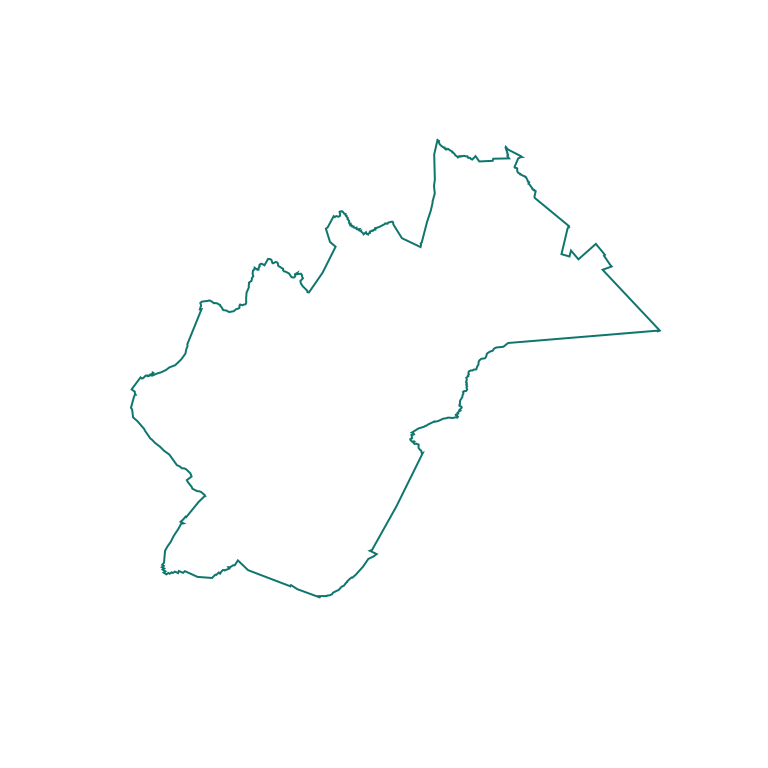 outline of Río Grande, Zacatecas, Mexico, rotated 116°
{"feature_id": "50627088B78022927430192", "entity_name": "Río Grande", "entity_type": "district", "adm_level": 2, "iso_a3": "MEX", "parent_name": "Mexico", "parent_adm1": "Zacatecas", "projection": "natural_earth1", "projection_center": [-103.094, 23.812], "detail": "fine", "context": "isolated", "style": "outline", "palette": "teal", "viewbox_px": 768, "rotation_deg": 116, "n_neighbors": 0, "source": "geoboundaries", "source_scale": "gbopen_adm2", "svg_char_len": 6166}
<svg xmlns="http://www.w3.org/2000/svg" viewBox="0 0 768 768"><g transform="rotate(116 384 384)"><path d="M610.9,424.5L606.9,379.7L606.3,379.9L605.5,379.4L606.4,372.0L603.9,347.5L603.2,349.5L599.7,342.6L599.2,342.5L597.8,340.3L595.7,338.5L594.1,338.4L593.0,337.7L588.9,334.4L584.9,333.3L582.8,331.6L579.3,331.0L578.2,330.3L577.5,330.6L573.2,328.9L572.1,328.3L571.9,327.5L567.9,325.8L557.4,322.8L548.1,321.4L543.4,317.7L540.1,316.0L540.1,323.6L538.4,322.0L488.5,319.2L429.0,318.9L429.8,319.6L427.6,321.3L427.4,322.8L426.2,325.0L423.3,326.3L423.5,329.0L424.5,330.3L423.8,332.0L422.4,331.5L422.4,332.1L423.3,332.9L423.5,333.7L422.6,335.9L422.0,336.2L420.5,335.0L417.8,336.9L417.4,336.0L416.0,335.0L415.4,336.0L415.5,337.7L408.9,333.6L404.9,329.3L403.3,328.3L402.8,327.5L401.1,326.7L395.5,322.2L395.7,321.9L393.7,319.2L389.1,315.5L387.8,313.4L386.1,311.7L384.4,307.3L382.8,305.4L382.0,303.3L381.0,303.2L380.4,304.5L380.5,305.7L380.2,306.0L378.1,304.4L377.7,305.2L375.7,304.6L374.5,303.7L374.3,304.8L371.2,303.8L370.4,304.5L370.6,306.5L369.9,307.1L368.5,306.9L367.4,307.7L365.6,308.3L361.3,307.9L359.7,308.5L358.0,308.4L357.2,308.7L356.6,309.5L355.4,309.0L354.2,307.1L352.4,306.9L350.9,308.4L349.8,308.2L348.7,309.7L347.7,309.4L347.0,310.4L346.4,310.4L346.2,311.2L343.9,311.4L342.3,312.8L340.2,311.7L339.8,312.3L338.1,311.9L337.7,312.7L335.6,313.3L333.7,311.9L333.2,310.5L331.8,309.7L330.4,307.5L327.4,307.9L325.3,307.6L322.4,308.7L321.0,308.6L318.7,307.6L316.7,304.6L315.8,304.3L313.6,304.3L312.3,304.8L310.9,304.5L308.5,303.0L306.4,300.9L304.0,300.6L302.0,299.1L298.2,293.0L292.7,290.4L218.2,165.0L216.4,161.9L216.7,161.0L215.1,159.5L185.5,237.6L178.6,230.9L177.6,233.2L172.3,242.5L171.1,242.0L165.2,255.0L186.7,263.9L182.1,274.4L188.1,273.2L189.5,281.4L163.7,287.2L162.1,286.5L161.9,287.2L161.0,287.0L150.7,330.0L149.7,330.9L144.2,332.2L144.2,334.2L143.7,334.2L143.7,336.0L143.4,336.0L140.7,341.1L140.7,341.9L139.0,342.0L139.0,343.5L138.5,343.6L136.2,346.6L136.0,347.8L135.7,347.8L135.9,353.5L135.4,353.5L135.3,356.2L134.4,357.5L131.9,358.7L131.7,359.4L132.2,361.1L131.8,361.8L122.6,362.3L120.3,360.7L119.6,359.6L119.6,360.4L119.2,360.6L118.9,375.3L117.5,378.5L118.2,378.4L122.2,374.4L122.9,375.1L122.7,374.6L123.7,372.8L125.0,373.1L126.4,370.5L133.6,384.5L135.8,384.2L142.2,395.9L139.1,401.6L143.6,403.1L143.6,404.7L143.0,405.7L143.8,407.6L142.8,408.8L143.6,410.4L143.6,411.4L144.2,412.7L145.4,414.0L145.3,414.7L146.0,415.1L146.2,416.0L146.7,415.9L147.0,416.9L147.9,417.0L147.5,417.9L147.2,420.1L146.2,421.7L145.7,423.4L145.9,424.1L145.3,424.4L145.0,425.6L145.1,427.0L144.6,429.2L145.9,430.8L145.3,431.1L145.9,431.7L145.6,433.1L144.9,433.2L145.2,435.1L144.7,437.5L144.0,439.2L142.4,440.9L141.5,441.0L141.2,442.9L155.7,439.5L178.0,427.9L184.1,425.9L190.4,421.9L198.9,420.3L200.0,419.7L208.0,417.9L219.2,416.4L240.4,412.1L241.5,412.7L242.6,411.7L244.9,411.2L245.1,431.8L237.1,444.6L236.3,445.7L234.7,446.7L234.5,447.9L237.1,451.0L238.4,451.1L239.1,453.3L239.8,453.3L245.3,457.4L246.4,458.7L247.4,459.2L247.6,460.2L248.0,460.4L249.1,459.5L250.2,461.0L251.2,461.2L251.3,461.9L251.9,462.0L252.8,463.4L253.5,463.5L254.3,462.8L255.9,464.1L256.6,463.9L256.7,465.5L255.5,466.7L258.4,468.0L257.8,468.6L256.8,471.9L256.1,472.0L256.9,473.4L256.8,474.0L256.3,474.5L255.7,474.3L256.8,476.0L256.8,476.5L255.5,477.2L256.3,478.4L256.6,479.7L255.8,480.4L256.3,481.1L256.4,481.7L255.8,481.8L255.4,483.4L254.9,483.9L256.0,484.0L254.4,486.1L252.7,486.8L251.7,489.2L250.7,489.2L249.9,491.2L249.2,491.4L249.3,492.4L248.0,493.1L248.4,494.2L247.2,496.7L247.5,497.3L247.2,497.7L248.3,499.2L248.7,499.4L251.5,497.4L252.4,497.3L253.7,498.4L254.0,500.5L255.6,501.4L255.2,502.8L267.9,503.3L269.9,504.3L280.0,494.8L281.8,487.7L311.0,488.0L334.6,491.6L335.0,493.1L333.8,493.9L331.8,499.8L330.1,502.7L328.1,504.3L324.5,503.2L323.3,504.8L322.1,505.4L321.3,507.0L323.6,510.6L322.1,510.6L324.4,512.1L325.8,511.1L327.2,511.3L327.9,511.8L328.4,513.4L328.4,514.3L326.3,517.7L326.2,521.8L326.6,523.4L326.0,524.5L324.7,525.2L324.2,530.8L322.2,532.2L321.6,533.2L321.8,534.8L324.2,536.7L324.1,537.4L321.7,539.7L321.7,541.1L322.4,543.0L329.7,543.5L329.5,546.4L330.1,547.5L331.4,548.1L332.3,547.4L333.0,547.8L333.9,547.3L335.2,547.6L336.3,546.9L336.8,547.8L336.2,551.3L338.1,550.8L339.6,551.5L342.7,550.3L344.5,548.7L346.9,549.2L347.9,548.6L349.7,548.3L350.1,548.8L352.2,549.8L353.0,549.1L354.5,548.9L356.5,547.8L362.1,547.6L367.6,545.4L371.5,543.4L373.1,543.4L374.0,544.7L375.3,545.8L375.6,548.1L376.5,548.3L379.2,547.3L381.8,549.8L384.5,551.0L387.2,554.7L387.1,558.1L388.0,560.6L387.7,561.1L387.8,561.7L386.8,562.6L385.7,564.7L385.7,565.2L384.7,566.1L384.9,567.2L384.6,569.3L385.7,572.2L386.0,572.4L385.5,574.1L385.3,576.8L385.6,577.9L386.2,578.3L389.8,583.8L391.7,584.6L393.6,582.8L397.6,582.2L396.7,580.8L434.5,578.2L436.0,577.2L439.1,577.0L443.8,575.8L451.0,577.1L458.6,579.9L463.2,584.2L467.0,586.1L471.2,589.4L474.1,592.6L478.2,596.1L478.2,596.6L476.9,596.0L475.1,596.1L475.1,596.9L476.4,596.4L476.8,597.1L477.9,597.2L477.9,597.6L478.2,597.4L480.1,599.1L480.3,599.5L479.9,599.5L480.6,600.1L480.2,600.7L481.0,601.9L484.3,603.0L485.2,604.1L484.8,605.7L499.5,608.5L500.1,604.7L501.5,603.9L502.4,602.6L502.6,603.2L505.1,603.1L516.3,601.0L517.3,599.2L524.0,594.9L525.5,589.3L529.6,579.7L530.5,578.8L535.4,570.1L535.7,568.4L537.3,564.0L538.6,557.7L540.5,552.1L541.5,546.1L547.7,534.6L547.6,531.2L548.4,528.9L547.4,526.5L547.4,524.4L549.2,518.8L551.5,516.4L556.8,519.1L558.1,517.4L560.7,511.9L562.1,510.3L562.2,504.9L561.5,503.4L561.2,501.2L562.4,496.5L563.2,495.5L564.0,496.3L571.2,498.9L590.4,503.4L590.2,504.2L593.8,505.1L597.0,506.4L597.1,503.1L598.6,505.1L604.3,505.3L612.6,506.4L619.6,506.5L624.9,507.4L629.8,507.7L641.1,503.4L643.8,504.1L644.0,502.2L646.0,503.3L646.1,500.7L647.8,501.7L648.2,498.4L650.1,499.4L650.5,496.1L648.4,495.1L648.5,493.4L646.4,492.4L646.4,490.9L644.3,489.7L644.2,486.2L642.0,486.4L641.8,481.8L639.5,480.9L639.1,467.0L633.7,453.5L629.6,452.1L629.2,451.8L629.1,451.1L625.8,449.8L626.3,448.2L623.7,447.9L621.8,447.2L621.2,445.9L621.4,445.5L617.7,442.1L616.9,443.6L616.0,441.9L613.0,440.1L612.4,438.7L606.6,438.0L610.9,424.5Z" fill="none" stroke="#0f766e" stroke-width="2"/></g></svg>